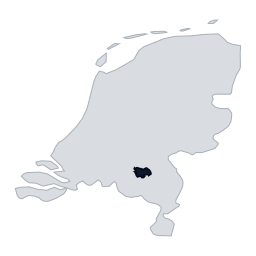 Meierijstad, Noord-Brabant, Netherlands shown in context
{"feature_id": "6326949B86116845039505", "entity_name": "Meierijstad", "entity_type": "district", "adm_level": 2, "iso_a3": "NLD", "parent_name": "Netherlands", "parent_adm1": "Noord-Brabant", "projection": "natural_earth1", "projection_center": [5.498, 51.588], "detail": "fine", "context": "in_parent", "style": "filled", "palette": "ink", "viewbox_px": 256, "rotation_deg": 0, "n_neighbors": 0, "source": "geoboundaries", "source_scale": "gbopen_adm2", "svg_char_len": 5236}
<svg xmlns="http://www.w3.org/2000/svg" viewBox="0 0 256 256"><path d="M171.1,235.9L165.1,235.7L159.5,235.6L156.5,235.2L153.4,234.0L151.9,231.7L150.2,228.8L150.6,227.1L155.9,222.1L156.7,220.8L156.1,220.0L156.7,217.9L160.7,210.5L161.2,207.5L159.4,205.5L156.8,204.2L148.3,202.0L144.3,199.0L142.4,196.3L140.6,195.5L137.8,196.4L130.8,197.4L125.1,196.0L118.4,190.9L116.8,186.3L116.0,182.8L114.3,181.6L112.1,183.4L109.2,186.3L103.5,186.6L101.9,185.9L101.7,184.4L101.4,182.9L99.8,181.0L98.1,180.0L91.0,185.2L88.3,185.2L84.9,183.2L83.3,181.2L79.6,182.3L76.3,184.8L77.4,189.3L75.6,190.2L71.5,189.8L66.9,187.9L61.8,186.7L54.0,183.6L43.2,186.1L35.6,183.1L29.4,182.8L25.5,180.4L21.3,176.2L24.3,173.5L27.2,172.6L38.7,172.1L47.0,173.7L62.0,182.6L65.8,182.6L69.8,181.5L67.8,179.0L64.0,177.9L58.4,175.5L54.0,172.1L64.5,171.0L63.0,169.3L61.7,166.3L50.7,155.9L52.6,153.1L55.4,147.1L58.9,142.2L61.7,140.8L66.2,137.3L76.1,126.9L82.4,118.5L87.1,108.5L94.0,81.0L96.0,76.3L99.3,71.2L103.4,72.1L106.2,73.6L116.3,69.7L133.7,59.6L138.8,50.8L143.8,46.7L163.6,38.8L174.6,36.4L191.5,35.8L203.7,34.4L218.4,33.9L224.0,38.8L227.3,42.3L232.5,44.3L240.6,45.7L240.2,52.8L240.4,66.8L239.8,69.3L236.2,75.2L232.4,85.9L231.4,92.9L230.3,94.2L214.8,94.2L212.6,95.4L212.3,96.9L213.1,98.7L212.8,100.5L211.6,101.9L212.2,104.3L214.9,106.9L219.8,108.5L225.1,108.7L227.8,108.4L229.8,110.3L231.7,113.2L231.6,116.8L230.9,121.7L228.4,126.3L221.3,131.5L218.1,133.4L215.1,134.3L213.7,135.7L213.0,137.4L213.2,139.0L218.3,143.2L218.2,144.2L216.7,146.3L214.8,148.4L201.6,152.7L196.2,152.4L193.1,154.5L192.2,154.9L188.7,152.9L181.0,150.7L178.1,151.4L176.5,152.7L171.7,154.2L168.3,156.5L168.3,159.6L174.4,167.4L176.6,168.9L176.7,171.9L179.7,175.5L182.7,180.2L183.0,183.1L182.7,186.1L181.1,190.3L175.9,200.1L175.8,202.0L176.2,203.4L178.1,203.8L179.5,204.6L179.1,205.9L169.1,212.7L167.8,213.9L163.7,213.6L163.0,214.7L163.6,216.6L165.2,218.2L168.8,219.1L171.8,220.8L174.3,224.2L171.1,235.9ZM66.9,187.9L66.1,190.7L63.7,193.9L55.9,198.4L47.8,201.4L43.6,201.0L40.7,199.4L39.2,197.8L34.8,196.2L28.8,195.4L25.1,197.1L22.4,198.7L20.1,198.5L18.4,197.1L17.1,195.1L15.4,188.5L19.8,187.3L29.5,186.9L36.9,189.2L46.7,190.3L54.3,187.2L60.2,189.8L66.9,187.9ZM50.8,161.3L56.5,165.4L57.7,166.7L58.2,168.1L50.9,169.8L43.2,164.7L38.0,165.9L36.1,163.5L36.1,162.0L41.4,160.8L50.8,161.3ZM106.2,61.5L100.4,66.8L96.9,65.3L95.8,64.1L97.7,60.0L106.2,53.1L106.2,61.5ZM131.8,38.0L126.4,38.6L123.9,37.5L137.0,34.6L145.3,33.7L146.7,34.1L131.8,38.0ZM166.9,32.5L155.4,33.7L151.5,32.8L150.9,32.0L154.0,31.5L163.8,31.3L166.8,32.1L166.9,32.5ZM119.2,43.8L108.4,49.3L107.5,48.4L114.4,43.6L119.2,43.8ZM213.6,23.3L208.2,23.6L209.7,21.6L214.7,20.1L217.4,20.1L213.6,23.3ZM190.3,28.7L182.2,31.2L180.2,30.7L180.7,29.9L187.9,28.4L190.3,28.7Z" fill="#d9dde1" stroke="#a8b0b8" stroke-width="1"/><path d="M137.4,176.8L137.6,176.7L137.8,176.7L137.9,176.8L138.0,176.8L138.1,176.7L138.1,176.8L139.9,176.3L140.0,176.3L140.4,176.2L140.9,176.2L141.2,176.2L141.2,176.3L141.2,176.5L141.3,176.8L141.4,177.0L141.5,177.3L141.8,177.2L142.0,177.3L141.9,177.4L141.9,177.5L142.1,177.7L142.3,177.6L142.6,177.6L142.8,177.6L143.0,177.6L143.3,177.6L143.5,177.6L143.7,177.4L144.2,177.0L144.7,176.5L144.5,176.3L144.6,176.2L143.9,175.0L145.1,174.9L145.3,174.9L146.9,174.6L148.3,174.8L148.4,175.0L148.6,175.1L148.9,175.1L148.9,175.3L149.0,175.2L149.0,175.3L149.2,175.2L149.3,175.2L149.5,175.1L149.6,174.9L149.8,174.8L149.8,174.7L150.0,174.6L150.3,174.4L150.5,174.4L150.6,174.2L150.8,174.1L151.0,174.0L151.0,173.9L151.1,173.7L150.9,173.4L150.8,173.1L150.8,172.9L150.8,172.7L150.7,172.6L150.7,172.3L150.3,171.3L149.8,170.6L149.6,170.3L149.5,170.2L149.4,170.1L149.3,169.9L149.2,169.8L148.9,169.6L148.6,169.5L148.4,169.4L148.2,169.2L148.2,169.3L147.9,169.6L147.7,169.4L147.5,169.2L147.4,169.3L147.4,169.2L147.2,169.1L147.0,168.9L147.1,168.7L146.9,168.5L146.9,168.4L146.7,168.4L146.4,168.1L146.2,168.0L146.1,167.9L145.9,168.0L145.7,168.2L144.5,168.7L144.4,168.8L144.5,168.8L144.4,169.2L144.1,169.2L143.9,169.1L143.7,169.3L143.4,169.4L143.4,169.5L143.1,169.4L142.9,169.4L142.6,169.2L142.4,169.2L142.2,169.1L142.3,169.3L142.1,169.3L142.0,169.6L141.8,169.8L141.4,169.5L141.1,169.4L140.9,169.2L140.7,169.0L140.4,168.8L140.2,168.7L139.9,168.5L137.4,167.7L137.4,167.8L137.3,167.7L136.9,167.6L136.7,167.7L136.8,167.7L136.8,167.8L136.7,167.8L136.8,168.0L136.7,168.0L136.4,168.0L136.2,168.2L136.0,168.3L135.8,168.4L135.7,168.3L135.4,168.4L135.2,168.3L134.9,168.3L134.8,168.2L134.8,168.3L134.8,168.5L134.7,168.5L134.6,168.4L134.6,168.5L134.4,168.6L134.5,168.7L134.6,168.8L134.8,168.8L135.1,168.9L134.8,168.9L134.7,168.9L134.5,169.0L134.4,169.0L134.4,169.3L134.5,169.3L134.9,169.3L135.1,169.4L135.1,169.5L135.3,169.8L135.1,169.9L135.1,170.0L135.3,170.2L135.4,170.3L135.5,170.5L135.5,170.8L135.7,171.3L135.4,171.4L135.2,171.5L134.9,171.6L135.2,171.7L135.1,171.8L135.1,172.0L135.1,172.3L135.2,172.5L135.3,172.5L135.2,172.6L135.1,172.8L135.3,173.0L135.5,173.2L135.6,173.3L135.6,173.5L135.8,173.6L136.1,173.6L136.3,173.6L136.2,173.7L136.2,173.8L136.0,174.0L136.0,174.3L135.9,174.3L136.0,174.5L136.3,174.6L136.2,175.0L136.3,175.2L136.3,175.4L136.3,175.5L136.7,176.1L136.8,176.2L136.9,176.3L137.0,176.3L137.3,176.5L137.4,176.8Z" fill="#0f172a" stroke="#020617" stroke-width="1.5"/></svg>